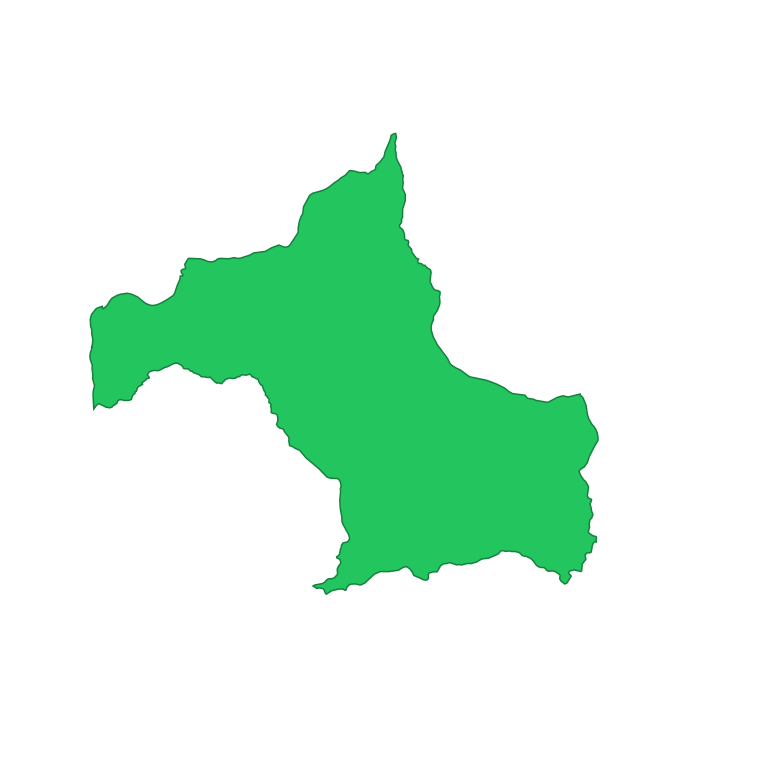 outline of Baguia, Baucau, East Timor, rotated 39°
{"feature_id": "22284137B48176451746687", "entity_name": "Baguia", "entity_type": "district", "adm_level": 2, "iso_a3": "TLS", "parent_name": "East Timor", "parent_adm1": "Baucau", "projection": "orthographic", "projection_center": [126.694, -8.606], "detail": "fine", "context": "isolated", "style": "filled", "palette": "green", "viewbox_px": 768, "rotation_deg": 39, "n_neighbors": 0, "source": "geoboundaries", "source_scale": "gbopen_adm2", "svg_char_len": 6170}
<svg xmlns="http://www.w3.org/2000/svg" viewBox="0 0 768 768"><g transform="rotate(39 384 384)"><path d="M542.7,268.4L535.4,278.1L530.4,280.6L527.1,285.3L522.9,295.2L512.2,301.2L509.8,301.7L504.5,304.8L500.5,304.0L490.1,310.5L485.9,311.3L480.2,311.3L471.9,313.1L465.3,315.2L460.5,317.0L446.4,324.3L444.3,324.7L434.6,325.0L430.6,326.1L424.7,326.9L422.3,326.5L417.4,324.2L400.6,319.9L392.4,316.3L386.9,312.4L384.7,310.0L383.0,306.6L382.0,302.8L380.6,301.5L379.7,299.8L379.2,293.3L377.4,287.6L375.8,285.0L371.9,281.0L371.2,279.1L369.5,277.1L366.9,277.5L365.3,278.6L363.6,279.0L360.6,278.1L355.2,275.3L350.2,267.4L348.1,266.0L344.7,266.5L340.9,266.1L339.9,267.1L338.0,266.9L336.4,267.3L335.3,268.3L333.7,268.3L332.8,267.3L332.3,265.1L329.9,265.9L323.4,264.2L322.1,263.7L321.1,262.3L319.8,261.7L316.8,261.5L315.3,260.8L314.0,258.3L312.4,257.3L310.3,258.4L309.3,258.3L308.3,257.8L305.9,255.0L302.8,252.9L301.1,252.2L298.0,252.3L296.8,251.6L296.1,250.7L296.0,248.2L295.5,246.5L294.0,245.3L293.7,243.0L288.5,236.5L285.1,228.0L281.3,223.3L275.6,220.4L274.8,219.6L272.4,215.6L269.7,213.1L267.9,209.9L265.4,208.8L264.5,207.6L262.4,206.5L260.7,204.9L253.5,201.8L250.7,200.0L247.7,196.6L245.6,195.2L243.3,191.6L241.2,190.5L238.5,184.6L235.4,181.9L234.1,183.5L233.1,186.1L235.3,191.1L238.6,202.6L241.0,207.5L241.1,214.5L240.4,218.7L240.7,220.2L242.0,222.1L242.2,223.3L240.5,226.5L239.6,230.4L238.6,231.1L236.4,231.2L231.8,235.2L228.4,236.5L223.4,239.4L222.9,240.1L222.5,246.4L220.7,251.1L220.5,253.4L218.7,259.1L217.5,264.8L216.3,268.6L214.6,272.1L208.5,280.7L207.5,284.3L209.9,296.8L213.6,302.6L214.1,305.9L215.7,310.5L218.8,316.3L221.7,320.0L222.1,321.3L223.4,334.7L223.1,337.4L221.4,339.7L219.9,340.6L214.8,342.2L210.8,349.2L208.3,355.6L200.3,364.1L198.5,368.5L193.0,376.9L190.9,378.7L188.1,380.0L184.7,384.2L177.6,389.5L176.1,391.3L175.4,394.3L173.7,397.2L170.0,399.7L165.4,401.0L162.2,402.5L153.3,409.1L152.9,410.0L153.8,416.3L156.9,418.9L156.9,419.7L155.4,421.6L154.9,423.2L155.2,424.0L156.8,425.2L159.1,425.7L159.4,426.9L157.7,428.3L159.6,431.3L161.3,437.5L164.3,445.6L164.4,448.1L162.3,455.1L159.8,461.3L158.0,464.8L155.7,467.8L153.2,469.7L149.4,471.0L146.6,471.5L137.8,471.4L131.5,473.0L127.3,475.1L122.7,480.1L120.8,483.1L118.7,488.2L118.6,491.7L119.4,497.5L118.4,502.1L117.5,502.2L116.2,500.9L113.7,504.8L112.9,506.8L112.9,513.9L115.0,518.6L119.7,523.8L122.7,525.7L125.8,529.4L129.4,532.3L132.3,536.4L133.5,539.3L133.9,538.8L134.5,539.9L135.8,543.7L137.7,547.2L140.2,549.7L145.7,553.2L147.0,555.3L152.6,560.8L153.7,562.8L159.7,567.2L160.6,568.4L162.2,572.0L164.5,575.3L174.2,586.1L174.0,581.3L174.3,579.4L175.6,578.5L182.7,576.9L186.0,575.0L187.2,572.9L187.2,571.0L188.2,568.7L188.5,566.6L187.7,564.6L188.3,562.8L189.9,561.4L192.3,560.4L196.2,557.2L197.4,555.0L196.1,551.9L195.9,549.8L196.5,548.2L195.6,547.0L196.1,545.3L194.9,542.5L194.8,540.5L196.6,536.3L195.2,535.4L196.3,531.1L196.4,529.1L197.8,527.0L196.4,526.2L194.4,526.0L193.9,522.4L195.2,520.1L197.3,517.6L199.2,516.6L200.9,514.6L203.3,508.9L204.8,507.0L207.5,500.9L208.6,499.3L210.2,497.8L215.0,496.9L217.5,497.4L218.1,498.0L219.1,497.8L222.6,495.3L224.8,495.8L226.3,495.4L227.0,494.7L228.7,495.1L234.5,493.1L237.5,493.3L240.5,491.0L242.1,490.5L244.1,488.9L244.5,488.1L252.4,488.8L253.7,488.5L254.4,487.4L257.5,486.0L257.9,484.7L257.4,483.9L258.0,481.9L257.9,480.2L260.3,476.4L262.4,475.4L265.0,473.0L265.0,471.6L267.1,469.1L267.5,466.8L268.8,465.5L271.4,463.8L273.5,460.9L274.9,460.8L276.8,461.4L279.3,460.5L281.5,460.3L282.9,459.5L285.9,461.3L288.5,462.2L290.3,461.8L294.6,464.5L297.4,465.5L298.9,467.3L300.9,467.1L301.6,467.7L304.3,468.1L306.2,470.8L308.4,470.7L309.3,471.1L309.9,472.6L312.2,474.4L314.2,477.1L315.2,477.1L318.7,475.3L320.3,475.2L322.4,476.8L324.8,479.7L325.9,483.0L327.5,483.7L330.3,484.0L334.2,482.4L336.6,483.7L343.0,485.1L344.3,485.9L345.9,488.2L349.4,491.3L352.4,490.2L355.6,489.9L360.3,488.6L370.0,490.5L386.6,490.8L398.4,492.2L401.8,490.8L407.7,486.6L410.4,486.9L412.0,487.9L414.7,490.0L415.9,492.7L418.3,495.4L422.7,502.0L428.3,508.2L434.8,513.8L437.9,517.3L440.3,518.8L451.1,523.2L453.7,525.0L454.7,526.2L455.1,528.6L454.9,529.7L452.2,533.3L452.4,536.1L453.8,538.2L454.1,539.9L456.5,544.2L456.6,546.0L455.9,548.1L457.0,548.9L458.5,548.3L460.3,548.2L462.4,549.7L463.2,550.8L463.3,554.4L464.1,557.2L467.7,561.2L467.4,565.1L466.8,567.1L463.3,570.6L462.8,572.1L462.6,575.8L461.7,577.8L456.7,583.8L456.0,585.7L460.6,585.1L462.1,583.0L465.6,581.4L466.6,581.5L469.9,583.4L471.4,583.7L473.5,577.5L477.7,572.1L480.4,569.7L481.4,569.2L483.4,568.9L484.1,568.2L483.0,564.9L483.3,562.3L484.3,560.3L487.7,557.3L491.8,555.3L493.0,553.7L494.4,550.5L496.2,537.7L499.2,532.1L505.9,526.7L512.4,519.7L514.3,514.5L516.2,511.8L520.4,511.4L524.7,512.5L527.8,514.0L533.0,512.4L537.7,511.4L539.7,510.3L540.8,509.2L541.0,507.7L540.4,506.4L538.3,504.1L537.9,502.7L540.8,498.6L543.0,497.1L543.5,496.1L542.4,490.0L543.3,486.4L545.8,484.0L546.9,482.1L547.9,481.2L554.0,479.0L556.8,476.5L557.8,476.2L562.3,470.4L564.3,469.2L567.9,464.3L569.9,458.9L571.7,456.7L574.7,453.9L579.6,444.5L579.9,440.3L580.8,439.2L581.9,438.3L583.6,437.8L586.6,434.7L588.5,434.0L591.4,431.6L595.3,429.8L599.0,430.3L600.3,430.0L602.9,428.5L607.5,427.3L611.1,427.5L616.2,428.9L618.8,428.9L621.3,427.9L624.2,425.8L628.2,426.4L629.5,426.1L632.8,423.0L635.2,422.0L637.1,421.8L640.7,421.6L641.4,422.0L643.1,424.8L645.4,425.7L650.3,425.7L651.4,423.6L650.4,415.5L649.3,415.1L647.8,415.2L646.0,414.3L645.9,413.4L646.1,412.4L648.8,408.8L655.1,405.8L655.1,404.6L651.4,399.2L651.2,393.2L647.8,390.3L648.2,387.4L650.5,385.3L650.8,384.2L647.5,378.2L646.8,375.6L647.1,374.0L648.4,373.1L647.6,372.5L645.5,369.3L644.7,369.2L641.9,370.4L638.0,370.8L636.4,370.7L635.7,370.1L633.6,365.5L631.6,363.8L629.6,360.1L629.7,357.1L628.5,353.9L625.3,352.1L622.8,349.8L619.5,347.5L618.9,344.8L617.9,343.1L614.6,343.9L612.5,343.1L607.7,335.2L602.6,333.1L599.1,332.7L594.4,331.3L590.6,329.2L590.3,327.0L591.8,322.5L591.5,317.2L589.3,311.5L586.9,300.6L585.8,293.1L583.4,290.3L580.3,287.7L577.9,286.3L574.4,285.1L570.4,284.3L565.4,282.3L561.3,279.7L554.4,273.4L548.3,270.0L546.7,269.3L543.2,269.1L542.7,268.4Z" fill="#22c55e" stroke="#15803d" stroke-width="1.5"/></g></svg>